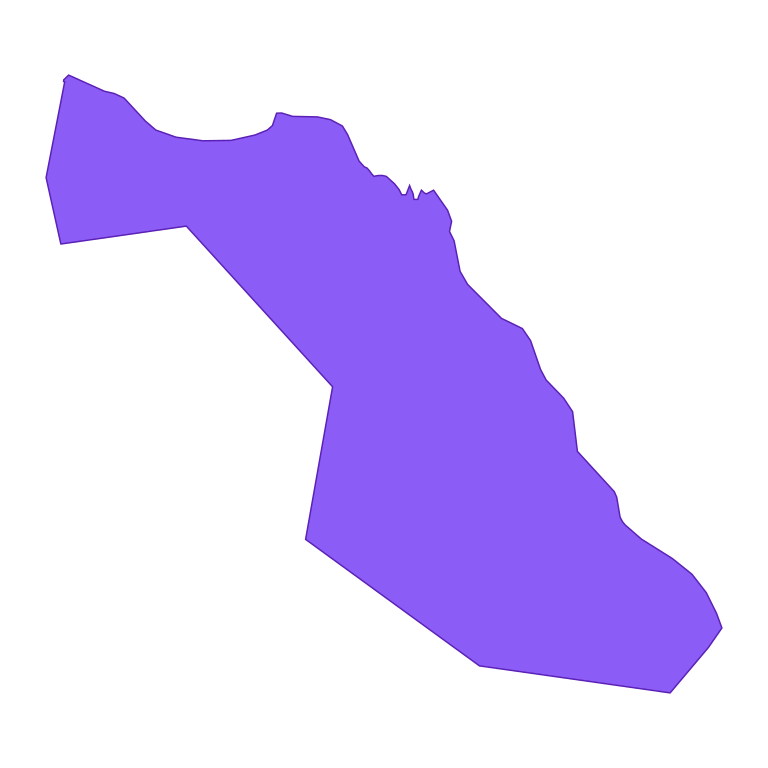 outline of Muscat
{"feature_id": "OMN-2426", "entity_name": "Muscat", "entity_type": "Province", "adm_level": 1, "iso_a3": "OMN", "parent_name": "Oman", "parent_adm1": "", "projection": "robinson", "projection_center": [58.687, 23.254], "detail": "fine", "context": "isolated", "style": "filled", "palette": "violet", "viewbox_px": 768, "rotation_deg": 0, "n_neighbors": 0, "source": "natural_earth", "source_scale": "10m", "svg_char_len": 1100}
<svg xmlns="http://www.w3.org/2000/svg" viewBox="0 0 768 768"><path d="M68.6,75.1L104.3,91.2L114.2,93.5L124.1,98.1L145.4,121.1L155.9,130.1L176.1,137.2L202.9,140.8L230.9,140.4L254.7,135.1L267.3,130.1L272.4,125.6L276.6,113.2L281.6,113.0L292.7,116.4L317.4,116.9L330.6,119.7L342.4,126.0L347.5,134.4L359.1,161.1L364.2,166.8L367.1,168.1L369.6,171.0L372.0,174.3L374.0,176.4L375.3,176.0L378.5,175.5L382.6,175.5L386.3,176.4L394.6,183.9L399.1,189.6L401.7,194.8L406.0,194.8L409.6,185.6L411.0,189.3L412.2,191.5L413.2,194.2L413.9,199.4L417.9,199.4L418.6,196.5L421.4,190.2L424.5,193.1L426.4,193.9L433.6,190.2L447.6,210.3L451.6,221.3L449.5,231.5L454.1,240.8L460.1,271.4L467.6,284.4L501.5,318.4L522.4,328.6L530.6,340.7L540.6,369.6L546.2,380.1L563.7,398.2L572.6,411.7L577.4,451.4L614.3,491.7L616.7,497.2L620.1,517.2L622.6,521.9L625.3,525.1L641.4,539.1L672.3,558.5L692.0,574.3L706.3,592.7L716.6,613.5L721.9,628.0L708.4,647.5L670.1,692.9L479.5,665.9L305.6,539.4L332.6,386.8L186.3,226.1L61.0,244.0L60.8,243.8L46.1,177.6L64.7,81.8L63.6,81.5L63.7,79.9L68.6,75.1Z" fill="#8b5cf6" stroke="#5b21b6" stroke-width="1.5"/></svg>